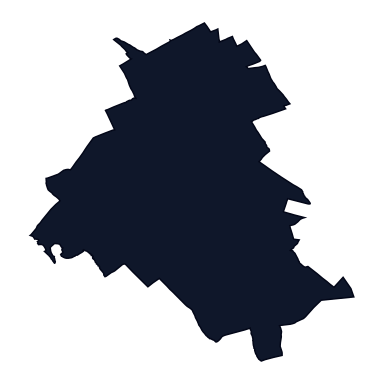 Lunca, Botosani, Romania
{"feature_id": "2599482B33736794577199", "entity_name": "Lunca", "entity_type": "district", "adm_level": 2, "iso_a3": "ROU", "parent_name": "Romania", "parent_adm1": "Botosani", "projection": "robinson", "projection_center": [27.0, 47.617], "detail": "fine", "context": "isolated", "style": "filled", "palette": "ink", "viewbox_px": 384, "rotation_deg": 0, "n_neighbors": 0, "source": "geoboundaries", "source_scale": "gbopen_adm2", "svg_char_len": 5854}
<svg xmlns="http://www.w3.org/2000/svg" viewBox="0 0 384 384"><path d="M282.1,355.4L282.1,352.9L281.9,351.8L280.1,346.3L280.4,342.6L281.3,336.8L281.1,334.3L281.4,332.9L281.5,331.4L280.6,328.1L279.5,325.7L281.0,325.3L290.3,324.2L292.8,323.6L294.8,322.9L296.2,321.8L303.6,318.4L305.5,316.7L313.7,307.5L321.2,300.2L353.8,296.9L350.9,288.6L343.1,277.3L334.1,287.2L333.6,287.0L329.7,284.0L326.8,281.5L322.6,278.3L317.0,273.6L307.9,266.5L305.4,267.2L304.3,266.9L302.2,265.4L301.6,264.7L299.5,263.0L299.2,261.7L298.7,261.4L298.5,260.4L298.0,259.6L297.9,259.0L294.9,253.3L293.2,251.7L292.8,250.9L292.2,250.6L290.9,250.7L290.3,250.5L290.8,249.9L291.8,249.0L293.5,247.9L293.7,247.6L294.0,246.4L297.4,243.5L298.1,241.8L299.2,239.9L293.6,239.2L292.2,234.1L290.1,227.5L289.8,225.6L293.3,224.8L294.8,224.2L297.8,221.8L299.6,219.9L300.4,219.2L302.5,218.2L304.5,217.6L294.0,214.9L283.6,211.9L283.4,211.5L286.1,203.5L286.8,201.1L287.8,198.7L307.7,203.8L309.1,204.0L310.1,203.8L310.2,203.6L310.0,202.9L307.6,199.5L305.2,197.5L304.7,196.3L304.3,196.1L304.1,195.8L303.3,193.7L302.9,193.2L302.6,193.1L302.8,192.0L301.5,189.8L296.8,186.8L293.3,184.9L280.9,176.9L272.3,171.1L259.0,161.7L261.3,159.1L262.3,157.5L265.2,154.6L269.5,151.1L269.3,149.6L269.1,149.0L268.4,148.3L267.1,147.6L266.7,146.5L266.6,145.6L265.3,143.6L264.7,143.1L265.2,142.2L261.8,138.5L258.0,132.4L256.3,130.1L254.5,126.7L251.4,121.7L252.5,121.1L253.5,120.1L255.7,119.4L257.0,118.7L258.5,118.4L259.5,117.5L262.0,116.6L263.1,116.4L272.5,113.4L285.6,108.8L284.1,106.7L283.9,106.1L284.0,105.8L286.3,105.2L289.9,103.8L288.2,101.8L286.4,99.2L284.1,96.4L283.2,95.0L279.7,91.2L277.0,88.6L276.0,86.6L274.1,83.5L272.9,82.1L270.7,78.4L269.0,73.9L268.0,71.9L265.8,66.4L265.2,65.4L262.6,66.4L258.5,67.4L255.2,67.7L248.2,68.6L247.9,68.5L247.5,67.8L246.3,66.7L248.4,65.6L252.9,64.1L259.1,61.6L259.9,61.2L260.1,60.7L260.6,60.2L256.3,54.3L254.5,52.3L247.8,42.3L246.7,40.6L241.8,43.9L236.8,46.3L235.7,43.7L233.3,38.9L232.4,36.5L227.7,38.4L225.9,39.4L219.3,42.0L219.4,40.7L218.9,39.1L217.8,29.0L216.0,29.9L210.6,31.9L206.9,26.3L204.4,23.0L198.7,25.9L196.9,26.6L194.0,28.6L191.1,30.3L185.4,33.2L182.7,34.8L177.3,37.5L173.6,39.5L171.2,40.5L170.1,40.1L170.4,40.9L170.1,41.4L169.1,42.1L161.5,46.2L156.3,49.3L146.1,54.6L143.5,52.6L143.1,52.2L143.0,51.9L142.6,51.6L140.2,51.2L137.1,49.9L134.7,48.0L133.0,47.2L129.8,45.0L128.5,44.5L124.3,42.0L120.5,40.7L119.6,39.6L117.6,38.5L117.2,38.3L116.1,38.2L114.1,39.3L113.7,39.6L121.0,45.4L121.5,46.2L124.9,49.4L126.5,51.6L126.9,52.0L127.9,52.5L128.0,52.6L127.3,53.2L126.2,53.7L126.2,53.9L127.0,55.1L129.3,57.5L130.4,58.5L131.3,58.9L123.1,64.0L119.7,65.9L124.5,73.3L126.4,77.6L127.6,79.6L129.4,85.2L131.0,88.8L132.3,90.8L134.0,94.3L134.6,96.2L135.2,96.9L135.8,98.3L134.5,98.0L133.4,98.3L132.5,98.8L131.4,100.2L129.6,100.3L129.0,100.5L126.4,101.8L126.2,102.1L125.6,102.7L124.9,102.6L123.4,103.1L113.6,107.0L107.7,109.6L106.0,110.1L105.5,110.4L107.3,113.9L114.7,129.8L112.7,130.2L105.6,132.9L96.0,136.7L93.3,138.0L87.2,146.4L85.0,149.7L83.1,152.7L79.4,157.9L76.3,161.8L72.4,167.4L70.4,169.9L68.1,169.4L66.2,169.6L63.7,170.3L58.3,174.2L49.3,177.5L47.3,178.2L46.1,178.4L46.3,181.4L46.5,181.6L46.1,183.0L46.1,183.3L46.3,183.5L46.5,184.9L46.9,186.2L47.5,188.1L48.2,189.8L49.6,191.1L52.1,193.0L52.5,193.8L54.1,195.3L56.3,196.8L58.8,199.0L60.0,200.8L59.6,201.3L55.8,204.5L51.0,209.3L42.2,220.1L40.3,222.8L37.6,225.5L37.1,226.4L36.3,228.4L31.0,234.8L30.2,235.4L33.0,236.4L34.5,238.6L34.7,239.1L35.9,239.0L36.4,239.2L37.4,239.2L38.4,239.6L38.9,240.5L38.1,241.2L37.4,241.5L38.3,243.3L37.8,243.5L38.5,244.6L41.4,244.4L43.1,245.1L43.6,245.6L45.1,247.9L46.1,250.3L45.6,250.9L44.5,251.4L48.2,254.9L49.0,255.4L49.3,256.1L50.7,257.5L51.1,258.7L52.4,260.0L52.9,261.1L53.3,261.5L54.3,263.0L54.5,263.2L54.8,263.1L55.0,262.9L55.3,261.6L54.8,260.2L54.7,259.1L54.1,257.2L54.1,256.9L54.3,256.6L54.1,256.4L53.2,256.1L52.7,255.6L51.1,252.6L50.6,250.7L50.2,247.6L51.1,246.5L54.5,243.5L57.6,243.7L59.3,244.1L59.5,244.1L60.1,244.5L60.4,245.4L61.4,246.8L61.5,247.1L62.8,247.9L62.7,248.2L62.0,248.9L61.9,249.2L62.0,250.3L62.8,251.8L62.9,252.5L62.6,253.0L61.8,253.3L61.3,253.7L61.4,254.0L60.7,254.7L61.3,255.6L61.5,256.2L62.0,256.3L63.2,257.1L65.0,257.9L66.4,258.2L68.3,258.2L70.9,257.8L72.0,257.5L74.0,256.4L75.1,256.0L75.8,255.2L77.4,255.1L79.8,253.5L81.9,252.3L83.4,251.2L83.0,250.3L83.9,249.7L85.3,250.7L86.7,251.0L87.5,251.7L88.6,252.3L89.2,253.1L89.9,253.4L90.2,254.0L90.9,254.1L91.1,254.8L91.7,254.8L91.8,255.0L91.6,255.4L92.2,255.4L92.4,256.0L93.2,256.3L93.2,256.5L92.6,256.8L92.7,258.2L93.7,258.4L93.7,258.6L93.4,259.0L94.3,259.7L95.2,261.2L95.2,261.9L96.3,262.9L96.4,263.8L97.9,264.9L98.1,265.8L98.8,265.9L99.1,266.4L99.5,266.8L99.6,267.0L99.5,267.7L100.2,269.1L101.1,270.2L101.8,270.7L102.0,271.3L103.3,272.7L103.7,273.6L103.9,275.2L105.0,276.7L106.2,276.2L111.2,272.6L113.6,271.5L114.8,270.8L122.5,264.5L123.6,264.1L124.5,264.0L125.2,264.1L125.7,264.5L132.8,271.9L147.9,286.8L152.8,282.9L159.3,278.4L166.9,286.0L169.9,289.3L172.5,291.7L185.5,304.8L187.3,306.4L189.8,308.0L191.2,309.1L192.4,310.3L193.0,311.9L194.9,315.6L195.5,317.6L197.4,321.2L198.6,324.2L198.7,324.8L200.5,327.3L201.9,330.1L203.4,332.2L204.2,333.0L206.2,335.6L207.3,336.4L207.7,337.0L209.0,337.9L209.5,338.5L210.1,338.8L211.0,338.6L211.5,339.1L212.8,339.8L214.2,340.3L215.4,341.6L216.0,342.0L216.9,341.8L218.4,340.8L220.5,338.7L221.6,337.0L222.7,336.2L223.9,335.6L225.6,335.0L244.6,329.9L250.2,328.1L250.3,329.4L251.3,331.1L251.2,331.7L251.2,332.8L251.1,333.5L251.4,334.3L252.2,335.8L253.0,339.1L252.8,340.4L252.9,341.1L253.3,341.7L253.1,342.2L253.2,343.8L253.4,345.3L253.9,347.1L254.0,348.3L254.6,348.8L254.8,349.9L254.7,350.4L255.7,353.7L256.8,355.3L256.8,356.0L257.2,356.5L257.6,357.4L258.3,358.3L258.8,359.2L259.6,359.7L260.4,360.5L261.4,361.0L265.1,359.6L273.7,357.3L282.1,355.4Z" fill="#0f172a" stroke="#020617" stroke-width="1.5"/></svg>